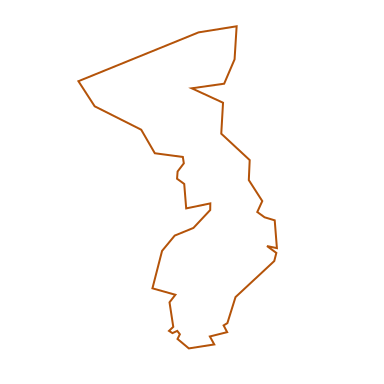 the district of Aweil West, Northern Bahr el Ghazal, South Sudan, rotated 76°
{"feature_id": "79223893B18780774215456", "entity_name": "Aweil West", "entity_type": "district", "adm_level": 2, "iso_a3": "SSD", "parent_name": "South Sudan", "parent_adm1": "Northern Bahr el Ghazal", "projection": "natural_earth1", "projection_center": [26.922, 8.906], "detail": "fine", "context": "isolated", "style": "outline", "palette": "amber", "viewbox_px": 384, "rotation_deg": 76, "n_neighbors": 0, "source": "geoboundaries", "source_scale": "gbopen_adm2", "svg_char_len": 746}
<svg xmlns="http://www.w3.org/2000/svg" viewBox="0 0 384 384"><g transform="rotate(76 192 192)"><path d="M343.0,232.9L345.3,207.3L336.5,209.6L336.5,191.8L329.1,193.6L327.8,189.4L304.5,175.2L278.9,128.9L271.5,124.9L262.6,132.3L267.0,123.2L239.5,118.6L234.1,127.7L227.2,133.5L217.8,126.0L194.2,134.0L175.0,128.3L142.5,149.5L112.9,140.3L91.3,167.2L94.7,134.6L73.6,118.6L42.0,108.6L38.7,147.0L57.0,275.4L85.3,265.7L119.3,226.2L145.4,218.7L155.8,192.4L162.2,193.0L168.6,201.0L175.5,203.3L182.3,197.6L206.5,201.6L207.5,177.0L213.9,178.7L227.2,199.3L230.1,219.3L241.9,235.3L275.9,253.7L287.7,233.0L293.6,240.5L318.3,242.8L321.2,247.9L324.2,245.1L323.2,239.9L327.1,238.2L331.1,241.6L343.0,232.9Z" fill="none" stroke="#b45309" stroke-width="2"/></g></svg>